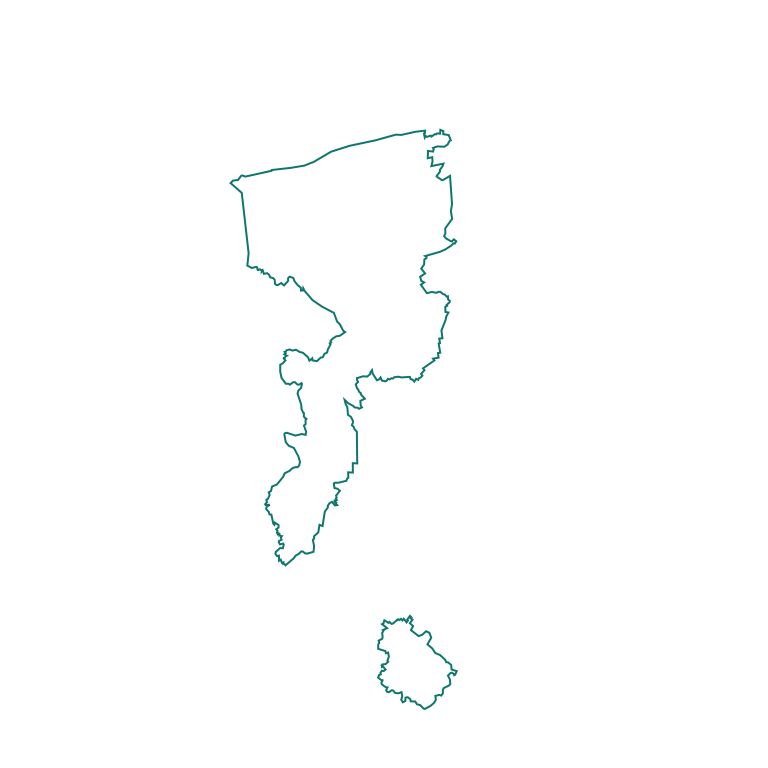 Chiconamel, Veracruz, Mexico (Mercator projection), rotated 41°
{"feature_id": "50627088B16194537288305", "entity_name": "Chiconamel", "entity_type": "district", "adm_level": 2, "iso_a3": "MEX", "parent_name": "Mexico", "parent_adm1": "Veracruz", "projection": "mercator", "projection_center": [-98.445, 21.244], "detail": "fine", "context": "isolated", "style": "outline", "palette": "teal", "viewbox_px": 768, "rotation_deg": 41, "n_neighbors": 0, "source": "geoboundaries", "source_scale": "gbopen_adm2", "svg_char_len": 6166}
<svg xmlns="http://www.w3.org/2000/svg" viewBox="0 0 768 768"><g transform="rotate(41 384 384)"><path d="M428.6,585.5L430.2,574.9L429.9,571.4L431.1,568.1L431.5,564.4L433.1,563.6L435.3,563.7L437.2,562.5L440.9,556.9L437.7,552.3L432.5,548.2L432.7,546.6L431.1,544.7L431.8,539.2L427.7,532.6L430.8,531.5L423.1,519.2L422.6,514.0L421.5,512.9L421.1,509.9L422.0,507.1L426.6,507.8L428.1,506.1L424.1,505.2L424.8,504.6L423.3,504.3L422.7,504.9L424.4,502.5L422.8,502.0L422.8,500.9L421.1,499.7L420.7,493.5L417.6,493.6L414.9,495.0L411.4,492.1L411.7,490.7L414.2,488.6L419.1,481.8L418.3,479.7L418.6,478.2L414.9,474.2L418.6,471.3L412.4,464.2L415.9,461.5L394.8,437.8L391.5,437.5L389.2,436.2L386.8,436.2L385.9,433.5L384.4,432.0L380.4,430.5L377.0,430.9L371.6,425.6L368.4,424.4L364.7,421.8L369.5,422.0L374.9,420.8L377.3,420.9L379.9,419.1L381.4,419.1L382.7,416.1L380.6,415.6L377.2,412.2L379.2,407.7L373.1,407.0L372.5,406.1L370.1,406.2L368.3,405.1L366.2,404.8L362.9,402.8L363.1,399.4L361.3,398.9L359.8,397.3L363.0,392.1L366.5,389.3L367.1,385.6L366.1,384.2L365.8,381.4L368.7,383.6L376.2,385.8L377.3,383.5L377.1,381.3L380.0,382.8L383.2,381.2L383.8,380.0L383.6,377.5L385.2,376.9L385.9,374.8L387.1,374.1L387.3,372.2L389.9,369.2L393.1,367.4L398.2,362.2L398.9,361.7L401.0,362.9L402.7,361.9L405.3,362.3L404.8,359.0L407.1,358.5L406.6,356.6L407.4,354.9L407.5,352.5L405.3,352.0L405.5,347.1L403.2,346.6L406.6,333.1L404.4,332.7L407.9,328.3L404.4,325.2L405.9,323.5L398.7,317.6L399.5,316.5L395.9,313.5L398.1,311.1L392.3,306.0L388.2,294.6L387.0,292.9L385.7,287.8L383.1,289.3L379.7,285.6L380.4,283.7L379.4,283.5L379.8,279.2L379.3,278.2L376.7,278.0L374.7,275.9L374.1,276.9L371.3,276.6L369.6,277.4L366.0,277.5L364.5,278.9L363.8,280.8L359.7,283.1L356.8,287.3L346.7,284.9L347.6,281.0L344.4,281.7L340.9,279.3L342.5,273.6L336.4,272.5L335.9,267.5L332.8,263.6L333.4,261.0L332.5,260.0L331.2,260.3L339.4,247.7L341.8,242.7L343.9,235.7L344.2,232.2L345.3,231.5L344.9,228.9L341.8,229.0L341.8,231.8L340.6,232.4L335.1,233.5L332.3,232.9L331.6,230.2L328.1,226.3L327.1,214.7L321.0,209.6L317.4,203.7L297.3,183.6L294.7,191.4L293.9,192.1L288.6,192.8L287.3,192.7L286.9,187.0L285.7,185.7L285.3,181.4L284.3,178.7L276.8,188.5L274.7,184.3L271.6,181.2L268.9,184.9L264.3,179.3L268.5,176.4L267.6,174.3L266.1,173.7L268.3,169.8L273.9,165.3L274.9,161.5L274.0,157.9L274.5,156.2L269.5,153.7L264.8,156.6L262.9,154.2L259.8,155.2L262.1,158.3L259.7,160.0L259.5,161.5L258.5,162.0L257.5,166.1L256.3,165.9L254.4,169.2L252.8,169.5L253.1,171.3L249.8,168.7L250.4,168.0L248.8,165.8L242.1,173.2L233.7,184.6L229.3,188.1L217.4,206.1L201.7,226.9L191.6,243.5L185.4,262.1L180.7,271.3L171.8,282.1L158.9,296.1L159.3,296.8L143.3,318.4L140.3,319.5L139.6,320.7L140.0,325.7L136.6,329.6L136.4,333.0L151.3,333.1L196.1,374.2L203.2,384.3L208.1,383.2L210.7,379.4L211.9,379.2L213.5,380.7L214.4,380.6L215.0,378.9L216.6,378.7L217.2,377.9L217.9,379.0L217.9,377.8L221.1,379.6L223.2,377.0L225.9,377.0L228.1,378.2L230.8,376.8L233.0,377.0L236.2,380.0L238.0,379.8L239.0,378.9L240.2,375.2L243.9,375.2L244.0,369.1L242.2,367.0L242.3,365.0L245.9,363.5L249.3,365.2L254.1,366.0L258.0,365.9L260.1,368.0L261.4,366.6L260.2,364.7L263.2,365.9L275.2,367.6L287.0,366.2L299.5,363.2L307.6,367.6L311.5,367.9L318.4,370.6L320.6,370.3L319.0,376.6L316.7,379.3L315.4,383.7L315.4,386.7L316.9,387.2L316.4,388.9L317.7,389.3L318.9,394.6L320.4,397.6L319.3,400.3L320.2,404.0L318.9,405.6L318.4,410.7L314.6,413.1L313.0,411.7L312.4,415.3L309.1,413.7L302.4,413.6L299.1,415.2L295.1,415.9L292.9,418.9L290.2,419.8L288.3,422.6L288.6,424.0L288.0,425.0L289.6,425.2L289.3,427.0L292.1,426.4L291.5,427.5L292.1,429.6L291.3,430.0L291.5,430.5L294.2,430.9L294.0,434.8L293.1,437.6L297.5,442.7L302.6,446.6L309.7,448.2L311.8,446.4L313.4,446.3L314.2,442.4L315.5,441.1L319.2,441.2L320.5,439.8L321.1,437.5L322.0,437.7L324.0,441.4L323.7,445.2L325.1,448.0L335.1,453.9L337.9,456.8L341.8,458.7L342.7,458.5L344.6,460.9L346.1,461.5L348.4,461.2L348.5,462.8L351.1,465.5L350.9,467.9L356.7,471.2L358.2,473.8L354.9,475.6L350.9,481.1L342.6,484.6L341.6,485.9L341.8,487.4L348.1,492.4L352.7,493.1L358.0,491.4L366.9,494.8L371.8,498.0L373.4,501.0L373.4,503.5L372.0,504.5L370.2,507.3L369.6,511.8L367.6,516.6L368.8,520.2L369.1,530.1L366.8,534.8L368.9,538.9L368.1,541.4L370.4,542.6L371.7,546.6L371.3,548.8L373.2,549.9L373.2,552.7L374.1,553.0L376.4,550.6L376.9,551.0L376.1,552.7L376.3,554.4L377.1,555.7L381.0,556.2L383.1,557.5L384.7,556.5L392.2,562.1L393.7,562.2L392.6,560.2L396.9,559.6L398.6,561.5L398.0,564.3L400.0,564.7L400.7,566.4L402.4,567.1L402.5,565.7L403.6,565.7L404.5,567.1L406.7,565.8L406.9,567.6L408.9,568.8L407.8,571.3L408.3,572.4L410.8,573.3L412.5,570.6L413.7,571.0L415.4,574.3L413.2,576.0L412.5,581.7L413.4,583.4L416.2,584.0L417.3,582.5L420.8,586.2L421.3,584.3L424.2,585.9L425.1,584.6L425.9,585.9L427.1,585.2L428.6,585.5ZM631.4,578.9L629.2,576.3L628.6,574.3L630.9,568.8L630.9,567.0L627.7,563.8L623.6,562.1L623.8,558.5L624.6,557.3L626.7,557.0L628.0,557.7L628.4,556.7L627.3,553.0L622.3,555.1L618.9,551.9L614.8,552.1L613.6,553.1L611.1,552.0L604.0,551.8L599.2,553.4L593.8,551.9L587.6,552.0L586.1,544.5L581.5,542.0L578.0,543.0L577.3,548.4L575.5,551.5L565.8,552.1L564.8,547.6L560.5,547.6L560.1,543.1L558.0,543.3L557.9,542.1L555.7,542.0L556.1,546.6L557.3,546.9L557.4,549.1L552.9,548.2L553.0,550.4L550.8,550.2L550.5,552.0L549.1,552.3L549.1,553.3L548.6,553.3L548.0,558.7L547.1,560.1L544.2,560.0L544.2,561.3L539.3,562.1L540.7,565.2L540.1,566.5L546.5,566.2L544.7,570.2L545.4,570.0L545.9,573.0L548.9,575.8L549.8,577.5L548.3,581.2L550.2,582.4L550.4,584.1L553.3,587.7L560.2,584.7L562.1,585.9L563.3,584.0L566.6,586.6L568.0,590.4L569.4,590.9L568.9,594.5L566.8,596.6L566.8,597.9L568.0,598.9L568.3,597.8L572.5,598.5L572.1,600.8L570.5,601.7L570.8,604.2L572.1,605.3L571.2,606.7L572.1,609.4L575.4,609.4L577.3,608.6L578.0,611.2L579.5,612.1L584.0,611.7L585.7,610.7L586.5,613.7L587.9,614.3L589.8,613.5L590.8,610.0L592.1,609.3L595.2,609.9L597.8,607.9L599.4,605.1L602.5,607.5L604.1,610.9L607.0,611.9L608.1,609.3L606.0,606.6L607.4,604.8L610.6,604.6L612.3,606.0L615.9,603.1L619.0,604.1L621.9,602.6L626.9,603.0L628.0,602.4L630.2,596.7L631.0,591.8L630.3,588.3L627.4,585.7L629.7,582.3L631.6,581.6L631.4,578.9Z" fill="none" stroke="#0f766e" stroke-width="2"/></g></svg>